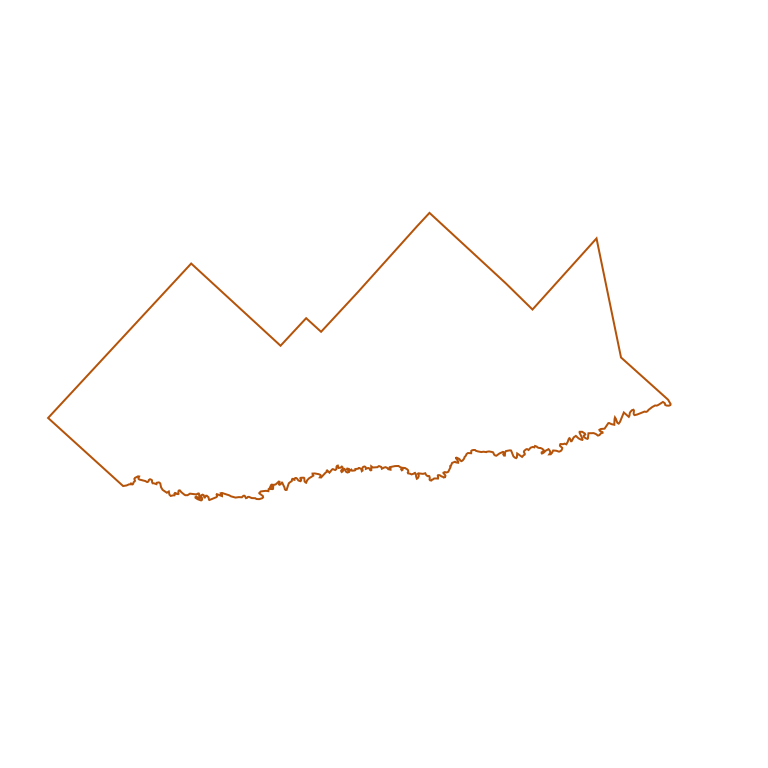 General Güemes, Chaco, Argentina, rotated 132°
{"feature_id": "61730980B25522786884862", "entity_name": "General Güemes", "entity_type": "district", "adm_level": 2, "iso_a3": "ARG", "parent_name": "Argentina", "parent_adm1": "Chaco", "projection": "robinson", "projection_center": [-61.125, -25.104], "detail": "fine", "context": "isolated", "style": "outline", "palette": "amber", "viewbox_px": 768, "rotation_deg": 132, "n_neighbors": 0, "source": "geoboundaries", "source_scale": "gbopen_adm2", "svg_char_len": 6166}
<svg xmlns="http://www.w3.org/2000/svg" viewBox="0 0 768 768"><g transform="rotate(132 384 384)"><path d="M634.0,610.9L634.4,509.6L631.6,507.4L629.3,506.4L628.3,505.4L627.2,505.5L627.0,505.0L627.3,504.2L626.9,503.7L626.2,503.6L624.5,504.3L622.6,504.2L621.6,506.0L620.3,506.2L617.2,505.0L616.6,504.1L618.1,503.6L618.7,503.0L618.7,501.9L615.8,496.4L615.4,494.4L614.7,494.0L613.6,494.0L612.8,494.5L611.4,494.2L611.0,493.5L610.8,492.0L612.1,490.7L612.6,489.5L611.8,488.6L610.7,486.1L609.5,486.8L607.8,485.5L607.6,484.9L607.6,483.7L609.9,480.6L610.8,477.7L610.1,472.6L607.9,472.0L609.8,469.4L609.9,467.6L607.8,466.2L606.9,465.2L605.9,465.6L605.6,466.4L604.8,466.4L604.4,465.8L604.5,464.7L603.6,463.3L603.1,463.2L602.6,464.0L601.0,465.1L600.5,465.2L599.7,464.6L600.0,462.2L599.8,458.0L599.5,457.1L598.1,455.6L595.3,454.8L592.0,450.1L590.8,449.1L589.7,448.9L589.3,448.2L591.0,446.2L591.6,444.6L591.9,444.4L592.9,445.7L593.3,448.2L594.3,448.4L594.7,447.9L594.3,445.4L593.1,442.4L592.6,441.8L591.8,441.8L590.7,442.6L589.6,445.1L589.1,445.4L587.6,444.7L587.3,443.5L588.4,441.7L588.3,441.2L586.1,441.5L585.6,440.9L585.6,438.7L587.1,436.6L587.0,436.1L580.2,432.8L579.1,432.9L578.2,434.4L577.7,434.5L575.7,429.4L574.8,430.2L574.8,431.9L574.5,432.3L573.4,431.5L570.2,424.3L569.9,422.6L567.8,418.4L565.1,416.1L563.3,413.8L561.2,413.7L560.5,413.1L560.4,412.3L561.2,410.2L560.2,409.6L559.0,409.6L558.2,408.8L557.3,406.0L555.0,403.2L554.8,401.8L553.0,399.6L550.2,398.0L549.1,398.0L548.3,399.1L548.7,403.5L548.3,403.8L546.2,403.6L542.4,400.3L541.0,398.2L539.3,399.4L538.9,399.3L536.7,396.5L536.2,396.3L534.2,397.8L535.4,398.9L536.7,398.8L537.2,399.5L534.7,400.3L534.0,400.2L532.7,398.4L531.1,397.3L526.9,396.9L526.6,396.3L528.9,394.8L528.8,394.2L528.4,394.0L526.8,393.7L525.7,394.0L525.4,393.7L527.6,388.5L528.6,387.2L528.6,386.2L527.9,385.5L522.3,388.0L520.9,388.3L517.8,387.6L516.5,388.5L515.8,388.6L515.4,388.0L515.5,387.0L515.1,386.4L514.1,387.2L513.1,386.9L512.6,386.3L512.5,385.1L513.0,383.1L512.2,381.1L511.4,381.0L510.5,381.5L510.3,382.8L509.9,383.2L509.3,383.0L507.3,380.9L507.3,380.2L509.5,377.9L509.7,376.4L509.5,375.8L506.9,376.7L504.2,376.6L499.4,375.2L498.8,376.8L498.4,377.2L496.8,375.6L494.7,372.2L494.1,370.5L494.4,369.9L495.1,369.4L496.3,369.2L495.6,368.2L488.9,368.1L487.7,367.7L486.6,368.6L486.2,368.4L486.4,365.2L482.3,365.4L481.5,365.1L480.6,362.7L479.3,362.4L477.1,364.0L476.1,364.1L475.5,363.7L476.8,361.6L475.2,360.3L473.6,360.1L473.7,358.9L474.6,357.9L477.0,357.9L477.6,357.2L477.7,356.5L476.4,356.3L474.3,356.9L473.5,356.5L474.5,354.0L474.6,353.0L474.2,351.9L472.8,351.1L472.4,351.3L472.4,352.4L471.9,353.4L472.2,354.5L471.4,354.7L470.6,353.2L470.4,350.8L469.5,350.8L469.8,349.9L469.4,349.3L467.8,347.9L467.2,347.7L466.4,348.4L464.3,346.6L463.4,346.6L462.9,346.1L462.4,343.9L463.6,342.2L462.6,342.0L461.3,343.6L460.2,344.0L459.3,343.9L458.3,343.2L458.1,342.4L458.3,341.5L459.2,340.7L457.2,339.7L456.7,339.1L456.6,338.4L457.2,336.8L457.0,336.0L456.5,335.8L453.7,338.4L453.5,336.4L450.2,333.2L448.7,333.0L448.2,332.5L447.5,330.4L448.4,328.9L446.0,328.0L444.7,327.1L444.2,325.2L444.5,323.9L443.3,321.8L442.3,322.7L442.6,323.9L442.0,324.1L437.5,320.8L435.2,318.3L434.9,316.0L434.2,314.7L434.7,314.3L435.9,314.2L436.2,313.0L435.3,312.8L434.8,313.3L433.3,313.4L432.4,312.2L431.9,309.8L432.0,308.4L432.9,307.3L433.9,307.1L434.3,306.3L433.3,304.8L432.7,303.0L430.2,301.6L429.7,301.8L429.3,301.5L430.2,299.3L431.3,298.2L432.4,296.2L431.5,295.9L429.4,296.4L428.3,297.5L428.1,298.8L427.4,298.7L424.7,294.9L422.7,293.6L423.3,292.3L423.4,290.6L423.2,289.8L422.3,289.1L422.2,288.6L423.2,287.1L424.6,286.1L424.7,285.2L424.0,284.2L423.1,284.4L422.5,283.9L420.6,283.5L418.1,280.6L417.4,281.1L416.0,282.8L415.5,282.8L414.5,281.5L414.2,279.3L413.5,278.2L413.6,277.2L412.4,276.3L411.1,276.9L410.6,278.4L410.5,280.1L410.1,280.5L408.8,279.9L407.8,278.2L406.2,277.5L401.1,279.0L401.1,279.5L400.7,279.9L399.5,279.7L397.1,280.6L394.3,279.2L394.1,278.0L392.9,276.2L391.9,277.0L391.8,278.2L391.2,278.8L391.1,280.7L390.7,281.1L390.1,280.7L389.3,277.8L389.7,276.3L389.6,274.9L389.3,274.7L387.8,274.4L385.7,274.6L384.6,275.2L382.7,275.2L380.7,275.8L379.1,275.4L377.1,272.9L375.3,274.4L374.3,274.2L373.1,273.3L372.1,272.1L372.2,271.2L371.3,269.2L369.5,266.2L367.7,264.7L366.2,262.4L365.6,262.3L363.8,260.8L362.3,258.3L361.8,257.1L362.8,254.9L362.7,253.5L362.1,252.5L358.3,251.7L354.9,250.2L354.6,249.7L355.0,248.8L356.5,248.3L356.9,246.9L356.3,246.3L353.9,248.2L352.2,248.5L349.0,246.0L348.4,245.0L351.2,239.3L351.1,237.3L350.7,236.2L349.6,236.2L346.5,238.5L345.8,232.6L343.6,232.6L342.3,232.2L341.7,232.6L340.9,234.6L340.1,235.0L338.7,234.9L337.2,234.6L336.6,234.0L336.3,232.4L333.2,232.4L331.2,231.3L330.5,229.9L329.0,230.3L328.3,228.5L328.4,227.5L327.8,226.0L326.8,224.8L326.2,222.8L326.4,220.7L326.9,220.4L329.3,221.1L329.9,220.6L330.0,220.1L328.3,219.4L325.3,219.2L322.3,218.1L322.6,216.3L323.5,214.5L325.7,214.1L324.7,213.1L322.6,213.1L320.2,213.8L318.3,211.3L317.3,208.9L316.7,208.3L314.8,207.7L312.8,208.3L312.2,208.8L312.2,211.9L311.6,212.4L310.6,212.7L308.7,210.5L307.6,210.0L306.8,208.1L304.0,208.8L301.4,209.9L300.2,210.0L300.1,209.6L301.4,206.7L301.0,206.3L296.7,207.3L294.2,206.7L294.2,203.0L293.6,200.7L292.8,199.2L292.4,199.3L291.6,200.6L289.3,206.1L288.6,206.6L286.9,204.7L286.4,201.5L286.9,200.6L288.7,201.0L289.5,200.1L289.4,197.9L288.7,196.1L288.1,196.0L283.8,199.1L280.2,195.3L279.4,193.1L279.2,190.5L277.8,189.7L275.6,189.8L274.0,188.9L273.6,189.4L274.4,192.4L273.9,193.3L272.3,192.7L269.6,190.2L263.0,191.1L262.4,190.6L261.6,188.0L260.2,185.6L255.8,189.2L254.3,190.0L254.7,188.5L256.3,185.5L256.7,184.3L256.4,183.1L254.2,183.3L244.7,186.7L244.6,180.1L243.3,180.4L241.0,182.0L239.9,182.2L237.6,182.2L236.2,181.4L236.5,180.5L239.0,178.6L239.5,177.8L239.4,176.9L237.2,175.4L230.1,171.9L229.4,170.6L228.1,170.0L226.2,170.1L221.8,169.3L218.6,168.2L217.5,166.8L215.9,166.1L210.7,164.7L210.4,162.5L211.4,160.9L210.9,159.5L209.5,157.8L208.1,157.1L207.1,157.6L205.6,162.4L205.7,225.6L133.6,323.5L229.3,323.5L227.7,360.8L226.4,464.7L244.8,465.0L333.7,464.9L387.3,465.7L387.2,485.9L424.8,486.5L423.5,607.9L634.0,610.9Z" fill="none" stroke="#b45309" stroke-width="2"/></g></svg>